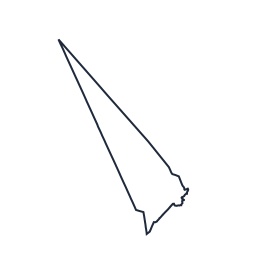 the district of Goundam, Timbuktu, Mali, rotated 341°
{"feature_id": "8926073B20620148277365", "entity_name": "Goundam", "entity_type": "district", "adm_level": 2, "iso_a3": "MLI", "parent_name": "Mali", "parent_adm1": "Timbuktu", "projection": "robinson", "projection_center": [-4.645, 19.527], "detail": "fine", "context": "isolated", "style": "outline", "palette": "slate", "viewbox_px": 256, "rotation_deg": 341, "n_neighbors": 0, "source": "geoboundaries", "source_scale": "gbopen_adm2", "svg_char_len": 3878}
<svg xmlns="http://www.w3.org/2000/svg" viewBox="0 0 256 256"><g transform="rotate(341 128 128)"><path d="M117.7,229.8L117.8,229.7L118.2,229.3L118.7,228.7L118.9,228.5L119.1,228.3L119.2,228.2L119.6,227.7L119.9,227.5L120.4,226.9L120.6,226.7L120.8,226.6L121.0,226.3L121.4,225.8L121.6,225.7L121.8,225.4L122.1,225.5L122.4,225.7L122.7,225.8L122.9,225.9L123.1,226.0L123.3,226.0L123.6,225.9L124.2,225.9L124.5,225.9L124.8,225.8L124.8,225.7L125.0,225.6L125.3,225.4L125.5,225.3L125.8,225.1L126.1,225.0L126.4,224.9L126.6,224.7L126.8,224.6L127.1,224.5L127.2,224.4L127.3,224.3L127.5,224.2L127.8,224.1L128.1,223.9L128.3,223.7L128.7,223.6L128.8,223.5L128.8,223.4L129.0,223.4L129.3,223.2L129.5,223.1L129.8,223.0L130.1,222.8L130.4,222.6L130.6,222.5L131.0,222.3L131.2,222.2L131.5,222.0L131.7,221.9L131.9,221.8L132.1,221.7L132.3,221.6L132.5,221.5L132.5,221.4L132.8,221.3L133.0,221.2L133.3,221.0L133.4,220.9L133.5,220.9L133.7,220.7L133.8,220.7L134.1,220.6L134.3,220.5L134.5,220.4L134.8,220.2L135.0,220.1L135.4,219.9L135.5,219.8L135.9,219.7L136.0,219.6L136.4,219.4L136.5,219.3L136.8,219.2L137.1,219.1L137.3,219.0L137.4,218.9L137.6,218.8L137.8,218.7L138.0,218.6L138.5,218.4L138.8,218.2L139.0,218.1L139.3,218.0L139.4,217.9L139.8,217.7L140.1,217.5L140.3,217.4L140.6,217.2L140.8,217.1L141.0,217.0L141.1,216.9L141.4,216.8L141.5,216.7L141.8,216.6L141.9,216.4L142.1,216.3L142.2,216.2L142.3,216.2L142.6,216.0L142.8,215.9L143.0,215.8L143.2,215.7L143.3,215.7L143.5,215.5L143.8,215.4L144.0,215.2L144.4,215.0L144.5,215.0L144.6,214.9L145.0,214.8L145.0,214.7L145.3,214.6L145.5,214.5L145.6,214.4L145.9,214.3L146.1,214.4L146.2,214.5L146.4,214.5L146.5,214.5L146.8,214.6L146.8,214.8L146.8,215.2L146.8,215.3L146.8,215.6L146.8,215.9L146.9,216.1L147.0,216.5L147.3,216.6L147.6,216.8L147.8,217.0L148.0,217.1L148.3,217.2L148.4,217.3L148.6,217.3L148.8,217.4L149.5,217.5L150.0,217.5L150.5,217.6L150.8,217.7L151.0,217.8L151.2,218.0L151.5,218.1L152.0,218.1L152.3,218.0L152.6,218.0L153.0,218.2L153.2,218.3L153.4,217.8L154.1,217.3L155.0,216.8L155.1,216.4L155.3,214.9L155.9,214.1L156.5,214.4L157.1,214.5L157.4,214.4L157.5,214.1L157.0,213.5L156.3,213.0L156.5,212.5L156.0,211.8L156.0,211.3L156.4,211.0L156.7,210.9L157.5,211.0L158.2,210.8L159.0,210.6L159.6,210.0L160.2,209.6L161.3,209.3L161.6,209.0L162.4,209.3L162.7,208.4L162.9,207.9L164.1,206.9L164.5,206.3L164.8,206.0L164.9,205.6L164.8,204.8L164.3,204.8L163.8,204.9L163.3,205.0L162.7,205.0L162.1,204.7L161.6,204.9L161.3,204.5L161.3,204.2L161.5,203.6L161.6,203.0L161.5,202.2L161.3,201.5L161.0,200.9L160.8,200.2L160.6,197.9L160.3,190.3L157.4,187.8L154.9,186.0L154.4,184.2L154.2,181.2L153.9,178.3L142.7,147.2L119.5,91.1L112.0,72.6L91.1,21.6L91.5,25.9L92.3,32.7L92.4,34.3L92.6,36.2L92.9,40.2L93.4,45.3L93.9,50.3L94.5,56.5L95.1,62.7L95.4,65.5L95.9,70.8L96.4,75.7L96.9,80.8L97.4,86.5L97.6,88.8L97.6,89.2L97.6,89.4L97.8,91.0L98.3,96.2L98.8,101.2L99.3,106.6L100.0,113.7L100.0,114.1L100.1,114.3L100.1,115.7L100.1,116.8L100.7,122.1L100.9,124.1L100.9,124.3L101.1,127.0L101.7,132.3L101.9,135.0L102.1,137.0L102.2,138.1L102.6,142.0L102.8,144.0L103.1,147.0L103.4,149.9L103.7,152.7L104.0,155.7L104.3,158.6L104.4,160.0L104.6,161.8L105.0,166.2L105.2,168.4L105.4,170.9L105.7,174.0L106.0,177.3L106.3,180.0L106.6,182.8L106.9,186.1L107.2,189.5L107.5,192.6L107.7,194.9L107.7,195.2L108.1,198.8L108.3,201.0L108.6,204.3L108.8,206.9L108.9,208.1L111.8,210.2L115.2,212.5L115.1,213.2L114.9,214.3L114.6,216.4L114.4,217.5L113.8,220.8L113.7,221.3L113.4,223.1L113.3,223.5L113.2,224.3L112.7,226.7L112.6,227.0L112.5,227.4L112.5,227.5L112.1,230.0L111.6,232.6L111.2,234.3L111.5,234.2L112.9,233.7L114.7,233.1L114.9,233.0L114.9,232.9L115.1,232.7L115.3,232.5L115.4,232.4L115.6,232.2L115.8,232.0L115.9,231.9L116.0,231.8L116.0,231.7L116.3,231.5L116.4,231.4L116.5,231.3L116.6,231.1L116.8,230.9L117.0,230.7L117.3,230.3L117.4,230.2L117.5,230.1L117.6,229.9L117.7,229.8Z" fill="none" stroke="#1e293b" stroke-width="2"/></g></svg>